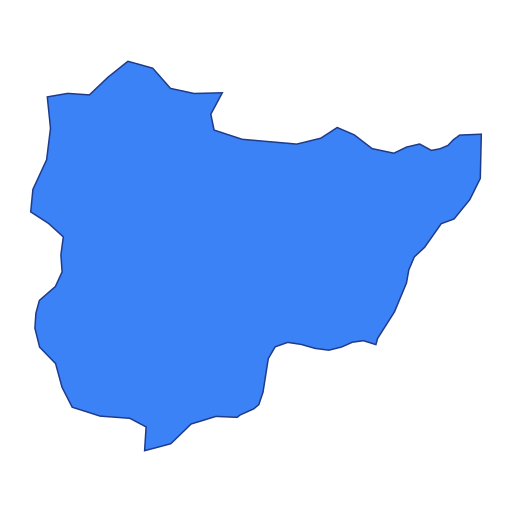 SVG path tracing the border of Ntungamo
{"feature_id": "UGA-3372", "entity_name": "Ntungamo", "entity_type": "District", "adm_level": 1, "iso_a3": "UGA", "parent_name": "Uganda", "parent_adm1": "", "projection": "orthographic", "projection_center": [30.302, -0.955], "detail": "fine", "context": "isolated", "style": "filled", "palette": "blue", "viewbox_px": 512, "rotation_deg": 0, "n_neighbors": 0, "source": "natural_earth", "source_scale": "10m", "svg_char_len": 1016}
<svg xmlns="http://www.w3.org/2000/svg" viewBox="0 0 512 512"><path d="M375.9,344.6L363.4,340.7L352.4,342.2L341.6,347.0L328.8,350.2L315.1,348.4L301.2,344.4L287.7,342.4L275.2,346.8L268.3,358.5L263.0,392.2L258.8,404.6L253.8,408.8L240.2,414.9L237.2,417.3L236.7,417.3L215.9,416.4L191.1,424.0L170.8,443.7L144.6,450.7L146.1,426.9L129.8,418.3L100.1,416.1L72.2,407.2L62.0,387.2L55.6,363.6L39.6,347.1L34.9,328.2L35.9,313.2L39.4,300.4L55.4,286.5L62.1,271.9L60.9,254.8L63.3,236.9L48.5,223.4L30.7,211.9L32.9,189.4L46.6,159.8L50.5,128.3L47.3,96.9L67.7,93.4L89.4,94.9L108.0,77.2L127.9,61.3L152.7,68.2L170.5,88.4L194.1,93.5L222.3,92.8L210.8,114.2L214.1,130.1L242.2,139.3L296.7,144.1L320.8,138.2L337.2,127.5L354.3,134.9L372.1,148.6L393.9,153.2L406.5,147.1L419.6,144.0L431.4,150.4L439.9,148.8L448.0,145.4L453.4,139.7L459.7,135.1L481.3,134.2L480.3,178.4L469.8,199.6L454.1,218.9L441.2,223.7L424.7,247.2L414.3,256.9L408.8,269.9L406.5,282.9L394.5,311.8L377.6,338.4L375.9,344.6Z" fill="#3b82f6" stroke="#1e3a8a" stroke-width="1.5"/></svg>